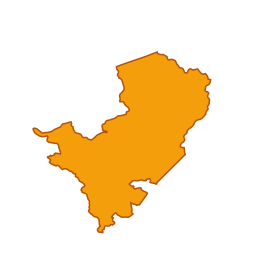 Barreirinha, Amazonas, Brazil, rotated 226°
{"feature_id": "56859067B80931360184999", "entity_name": "Barreirinha", "entity_type": "district", "adm_level": 2, "iso_a3": "BRA", "parent_name": "Brazil", "parent_adm1": "Amazonas", "projection": "albers", "projection_center": [-57.163, -3.133], "detail": "fine", "context": "isolated", "style": "filled", "palette": "amber", "viewbox_px": 256, "rotation_deg": 226, "n_neighbors": 0, "source": "geoboundaries", "source_scale": "gbopen_adm2", "svg_char_len": 5666}
<svg xmlns="http://www.w3.org/2000/svg" viewBox="0 0 256 256"><g transform="rotate(226 128 128)"><path d="M180.1,162.3L179.3,161.5L178.1,160.8L177.1,160.8L175.3,160.6L174.5,159.6L174.2,159.1L173.9,157.9L173.0,156.9L171.4,156.9L171.1,156.6L170.4,156.2L168.2,157.0L166.9,156.9L165.2,156.2L159.6,153.1L158.2,151.4L158.0,149.4L157.8,148.0L157.9,147.1L157.8,145.9L157.6,145.3L157.3,144.7L156.8,144.2L154.8,142.8L154.3,142.5L153.8,141.9L153.3,140.9L152.9,140.6L152.3,140.5L151.3,141.8L150.8,142.3L150.3,142.5L149.1,142.6L147.5,142.2L146.6,142.0L145.4,142.0L143.0,142.4L141.5,142.1L140.3,141.7L139.7,140.9L139.8,139.8L140.6,138.1L140.4,137.6L139.4,136.8L139.3,136.2L139.5,135.6L141.1,132.6L143.9,128.7L143.8,128.1L143.8,127.4L144.0,126.0L144.2,125.2L144.9,123.7L145.3,123.1L146.4,120.5L147.9,118.2L148.2,117.5L148.1,116.4L147.9,115.7L147.4,115.1L147.2,114.5L147.3,113.9L148.0,113.0L148.1,112.5L148.1,111.9L147.8,111.0L147.0,110.3L145.7,109.6L144.2,108.4L143.4,108.5L140.4,110.2L139.7,110.2L139.5,109.6L140.6,108.6L142.3,107.5L142.3,106.8L143.3,104.4L144.1,101.9L144.4,100.2L144.4,96.0L144.8,93.4L146.1,92.5L147.7,91.7L149.1,91.7L150.4,91.3L151.5,89.8L153.1,88.9L155.4,89.6L156.5,89.6L157.9,89.0L160.2,87.3L161.7,86.9L162.9,87.3L164.8,87.6L165.7,88.3L167.3,89.3L168.8,88.9L169.5,89.1L170.2,90.3L171.7,91.3L172.5,90.5L174.6,86.4L176.2,84.1L176.2,83.2L175.9,81.4L175.8,80.0L176.7,77.7L178.1,73.7L178.5,70.9L180.1,67.8L182.5,64.9L183.2,63.5L183.9,62.7L186.1,62.5L187.8,62.3L188.9,62.0L190.5,61.9L191.1,61.6L192.0,61.2L192.7,60.8L193.0,60.3L193.3,59.7L193.3,59.1L192.6,58.6L189.8,57.7L188.2,57.7L186.5,58.1L184.4,58.6L183.3,59.0L181.9,59.9L180.9,60.7L179.9,62.0L178.4,64.4L177.7,64.5L177.1,64.0L176.4,62.5L175.0,60.9L174.3,60.8L173.2,61.0L171.2,62.2L167.5,65.0L166.2,66.1L165.6,66.3L164.6,66.3L162.6,65.3L161.6,64.5L157.1,62.3L156.3,61.3L157.0,60.9L157.4,60.4L158.1,60.0L158.7,59.8L159.2,59.3L159.6,58.8L160.2,58.5L160.3,57.9L160.6,57.2L159.8,56.4L160.2,55.6L160.3,54.7L160.7,54.4L161.1,54.0L161.2,53.4L161.7,53.1L162.2,53.1L162.1,52.5L161.9,51.9L162.8,51.0L163.1,50.1L162.6,49.6L162.1,49.8L160.7,50.1L159.0,50.2L158.5,49.6L158.1,47.8L157.6,47.6L156.8,47.7L154.2,48.3L150.9,49.8L150.4,50.3L150.3,51.1L149.9,51.6L149.0,51.8L147.1,51.9L144.4,51.8L143.6,52.0L143.3,52.8L143.0,53.6L142.7,54.1L142.1,54.7L141.1,55.4L140.3,55.7L138.0,56.0L135.9,57.1L135.2,57.2L133.5,57.1L132.7,57.3L132.1,57.7L131.6,58.2L130.8,57.9L130.4,57.3L129.8,56.6L129.2,56.5L128.5,57.0L127.7,57.3L127.0,57.3L125.5,56.8L124.9,56.8L124.3,56.6L123.7,56.3L123.1,56.3L121.4,56.9L120.8,57.0L120.0,57.2L119.2,57.4L118.2,57.3L116.8,57.0L116.3,56.5L116.3,55.9L116.7,55.3L116.9,52.8L116.5,52.3L115.9,51.0L114.4,51.0L113.7,50.3L112.8,50.7L112.3,51.1L109.5,52.3L108.6,52.1L108.0,51.6L105.5,50.3L104.3,49.8L103.5,49.6L102.9,49.6L102.0,49.3L101.5,48.8L100.6,47.6L100.1,47.3L99.1,46.9L98.8,46.5L98.5,45.3L98.0,44.9L96.4,44.1L96.0,43.5L96.2,42.6L95.9,42.2L95.3,41.8L94.5,41.7L92.6,41.6L91.3,41.9L88.0,42.1L87.4,42.3L85.9,43.5L85.3,43.7L84.3,43.8L83.1,43.8L81.8,43.2L79.2,41.0L78.9,40.5L77.8,40.1L77.1,40.0L76.6,39.7L76.8,39.2L76.8,38.5L76.4,37.3L76.5,36.7L76.4,36.0L76.1,35.4L75.6,35.0L73.8,34.5L70.3,37.3L70.8,37.9L71.5,37.9L71.9,38.1L72.2,38.7L72.3,39.5L71.7,40.2L73.1,42.4L73.3,43.3L73.3,43.8L73.0,44.3L72.1,44.8L71.6,45.2L70.5,46.6L70.3,47.2L70.5,48.3L70.2,48.9L69.7,49.2L68.9,49.5L68.7,50.5L68.8,51.9L69.0,52.6L69.9,52.9L70.5,52.7L70.9,52.3L71.4,52.3L72.4,52.9L73.2,53.9L73.5,54.7L73.9,55.1L74.5,54.8L74.9,54.2L75.3,54.5L75.6,55.1L75.9,58.3L75.7,59.1L75.6,60.0L75.0,60.3L73.6,60.2L72.4,60.2L69.8,61.1L69.2,61.1L68.2,61.7L67.4,62.3L66.1,63.9L64.4,65.4L63.4,66.6L62.9,69.1L62.7,71.9L63.7,71.8L64.8,72.1L65.3,72.4L65.7,72.9L65.7,73.5L66.1,73.8L66.6,74.1L67.9,75.2L69.5,76.0L70.8,77.0L71.9,77.7L72.4,78.3L71.9,78.5L70.5,78.6L69.2,79.2L68.9,79.7L68.2,80.0L66.9,80.4L66.1,80.6L66.1,81.2L65.9,81.7L64.8,82.8L66.6,93.2L67.5,96.5L68.2,96.7L68.9,96.6L71.0,95.6L73.2,94.9L74.3,94.7L75.0,95.2L75.7,95.6L76.5,95.3L77.0,94.7L77.5,93.9L78.0,93.3L79.1,91.0L79.7,90.5L81.0,90.3L81.5,90.4L81.8,90.9L81.8,91.5L82.5,91.6L83.3,90.4L83.8,90.2L85.4,89.9L86.8,89.9L87.1,90.3L86.9,90.8L86.8,91.5L86.5,92.3L86.8,93.8L86.7,94.5L85.9,95.9L83.6,97.9L83.2,98.6L82.7,99.1L82.3,99.9L81.8,100.7L81.6,101.5L81.0,101.9L79.6,102.5L78.2,103.6L77.7,104.1L77.6,104.7L78.0,105.1L78.3,105.6L77.8,106.0L77.0,107.7L76.6,108.3L75.9,108.3L75.1,108.0L74.2,107.3L73.6,106.1L72.4,106.6L71.2,107.7L70.6,107.8L70.2,108.2L69.8,108.7L68.6,108.9L68.0,109.3L67.9,110.1L68.5,110.5L68.6,111.0L69.2,150.9L70.5,151.4L74.9,154.7L76.4,153.4L78.2,152.6L79.3,154.0L79.9,156.0L79.5,157.5L79.6,159.6L80.2,160.8L81.7,161.3L83.3,162.3L83.7,164.2L83.4,165.5L83.8,167.4L84.9,168.7L85.1,170.7L84.9,171.7L84.5,174.7L84.6,176.2L84.9,178.0L85.5,179.1L85.9,180.6L85.8,182.9L84.2,185.8L83.7,187.3L83.6,189.1L83.7,191.2L84.0,193.5L85.3,195.2L85.7,197.3L85.9,198.7L87.5,199.6L88.6,200.5L88.5,201.9L89.1,203.3L90.5,204.8L91.4,206.1L93.1,206.8L94.6,206.7L95.9,207.6L96.9,210.2L98.7,210.4L99.7,209.5L101.7,209.5L102.5,211.2L103.9,212.6L103.8,214.3L103.3,215.7L103.2,217.1L104.1,219.3L105.4,221.0L107.7,219.6L108.8,220.6L110.8,221.3L113.2,221.5L113.9,220.4L114.9,219.1L116.3,218.6L119.7,218.7L121.0,219.1L122.3,218.9L123.1,217.5L123.9,216.3L124.7,214.8L126.2,214.5L127.5,213.8L127.8,212.0L126.6,208.7L127.9,207.5L129.4,207.4L130.6,208.2L132.4,208.6L134.0,208.2L135.2,207.2L136.5,207.0L137.8,207.5L139.9,207.5L142.0,208.3L143.6,208.7L146.3,207.7L147.5,206.6L148.3,205.2L149.3,204.3L150.7,204.6L152.0,205.5L153.5,205.3L154.9,204.6L156.4,204.5L157.2,203.4L158.2,202.5L159.6,201.6L160.9,201.1L162.4,201.8L167.0,190.8L176.2,171.2L180.1,162.3Z" fill="#f59e0b" stroke="#b45309" stroke-width="1.5"/></g></svg>